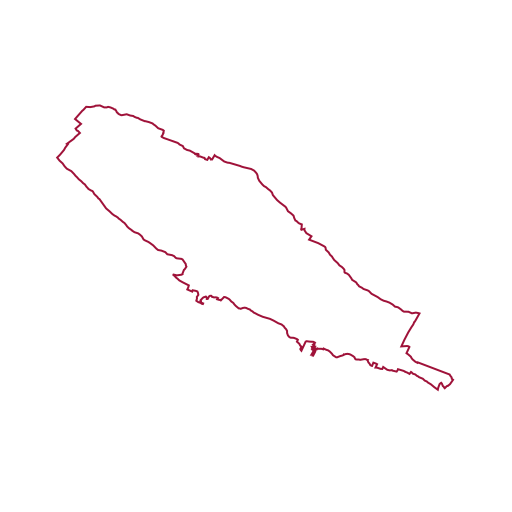 Rachitoasa, Bacau, Romania, rotated 139°
{"feature_id": "2599482B49399369103470", "entity_name": "Rachitoasa", "entity_type": "district", "adm_level": 2, "iso_a3": "ROU", "parent_name": "Romania", "parent_adm1": "Bacau", "projection": "equal_earth", "projection_center": [27.372, 46.464], "detail": "fine", "context": "isolated", "style": "outline", "palette": "rose", "viewbox_px": 512, "rotation_deg": 139, "n_neighbors": 0, "source": "geoboundaries", "source_scale": "gbopen_adm2", "svg_char_len": 6095}
<svg xmlns="http://www.w3.org/2000/svg" viewBox="0 0 512 512"><g transform="rotate(139 256 256)"><path d="M330.9,296.7L330.5,294.1L330.5,292.2L330.1,290.2L329.9,287.9L328.6,284.3L326.0,277.9L327.8,276.7L329.8,275.8L327.5,271.0L326.3,271.7L324.4,269.3L323.5,267.7L323.9,266.4L325.0,264.5L327.5,263.9L328.5,262.6L330.4,261.4L329.8,259.0L328.6,257.0L328.2,255.4L327.6,254.6L327.0,254.9L328.2,257.2L327.2,257.9L327.4,258.6L326.8,259.0L323.4,259.3L322.3,259.1L321.5,258.6L320.8,258.5L320.4,258.2L320.4,257.5L320.6,256.7L321.3,255.9L320.6,255.3L318.5,256.1L317.6,256.3L316.8,256.1L315.8,255.2L316.0,253.9L315.1,252.8L314.9,252.3L313.7,251.4L312.7,250.3L312.3,249.2L313.7,248.8L312.5,246.9L311.3,246.0L311.4,245.6L307.0,246.0L306.0,244.8L304.7,241.5L304.5,240.3L304.5,237.9L303.9,235.4L304.1,233.7L304.0,231.5L303.4,227.8L303.0,227.5L302.2,226.2L300.0,225.4L298.4,224.4L297.4,223.1L296.9,221.7L295.7,219.6L295.7,218.4L295.0,216.5L294.8,214.7L294.1,213.2L293.1,210.5L290.8,205.7L286.7,199.4L285.1,195.7L283.3,190.6L281.6,187.5L281.4,186.0L281.1,184.8L281.4,183.1L281.3,181.0L281.7,179.1L283.1,177.4L284.0,175.1L284.0,172.9L283.5,171.7L281.3,169.6L280.7,168.6L279.6,166.4L279.4,165.3L281.3,164.5L280.9,161.3L281.4,159.5L281.2,157.7L283.6,156.7L283.9,155.5L283.9,154.7L274.7,158.8L273.7,158.5L271.8,156.3L269.1,153.7L268.4,152.1L268.4,151.8L268.7,151.8L271.3,151.7L271.2,150.9L270.3,150.9L270.1,150.7L270.3,150.3L270.8,150.1L272.9,150.1L273.5,150.7L273.7,149.9L273.2,149.8L274.1,149.5L273.1,149.5L272.9,149.3L274.9,149.1L274.9,148.7L272.2,148.9L271.6,148.6L272.2,148.4L272.3,147.9L274.2,147.3L275.3,146.4L278.8,145.2L278.1,144.7L272.9,147.2L272.7,146.6L275.9,144.9L277.6,144.4L277.7,143.9L278.5,143.6L278.3,143.3L274.5,144.8L271.5,146.5L271.1,145.7L270.3,146.0L269.8,145.0L267.5,143.0L266.4,141.4L265.7,141.8L264.5,139.1L263.5,137.5L263.0,135.5L262.8,132.5L263.0,130.6L262.0,127.1L261.4,126.4L257.8,125.1L256.5,124.4L255.1,123.9L254.3,124.1L254.2,123.7L252.9,123.3L251.2,122.2L250.1,120.9L249.4,119.7L248.4,116.7L248.1,115.0L248.6,113.5L248.6,112.7L248.1,112.0L246.3,110.4L245.5,109.3L242.0,107.2L241.1,106.4L240.7,105.9L240.5,105.1L239.9,104.2L240.2,104.1L241.0,101.9L240.9,100.6L241.3,98.6L240.9,97.5L240.5,96.9L237.4,98.5L236.1,96.2L235.6,94.9L239.0,93.4L237.9,92.3L236.0,89.1L234.8,87.9L232.8,88.8L231.6,84.0L230.1,81.9L228.3,80.7L228.3,80.1L225.7,76.5L223.7,77.0L223.1,77.4L220.0,72.5L219.4,71.1L219.5,70.9L218.4,68.9L217.5,66.3L215.1,66.8L214.9,66.1L214.8,64.2L213.5,62.1L213.2,60.0L212.6,58.7L212.5,57.7L210.6,53.9L210.4,51.3L209.4,49.2L209.3,47.8L208.2,44.5L207.5,40.1L206.5,35.8L204.8,37.1L201.4,38.9L200.1,38.9L199.4,38.8L199.4,38.4L199.5,37.5L200.3,35.3L200.1,34.5L200.3,33.3L200.1,33.2L200.2,32.4L197.5,32.6L196.7,32.4L196.5,32.1L193.7,32.0L188.5,33.3L188.8,34.8L188.0,36.1L187.9,38.3L187.6,39.5L203.7,69.6L204.2,69.4L205.1,71.6L205.7,75.4L205.5,77.4L205.2,78.4L205.7,81.9L206.2,83.9L199.9,86.7L200.1,87.7L201.1,89.0L205.6,92.4L199.0,95.4L191.1,98.5L185.1,100.4L182.7,101.0L181.4,101.5L180.1,102.3L179.5,102.2L177.9,102.7L170.3,105.4L171.0,106.5L172.5,108.4L175.9,110.4L177.5,113.9L180.9,117.0L181.4,118.5L181.6,120.4L182.4,123.9L183.2,125.2L184.3,126.5L184.7,129.7L185.9,133.3L187.4,136.1L189.0,138.5L190.3,141.6L191.1,145.1L193.6,151.7L193.8,155.4L194.3,156.8L196.5,160.6L196.9,162.6L198.1,165.5L197.9,167.1L198.1,168.2L197.8,169.6L197.8,170.7L199.1,175.0L198.7,176.4L198.3,180.9L198.8,183.1L199.9,185.1L199.8,185.8L198.4,187.4L198.2,188.8L198.4,191.4L199.2,194.2L199.0,197.0L199.6,201.7L199.2,205.0L199.0,205.6L199.3,208.4L198.8,211.0L199.2,214.9L198.1,216.6L197.9,217.4L198.2,218.6L200.6,224.9L205.2,233.5L201.2,234.5L203.0,240.2L202.6,243.3L202.3,244.0L201.6,244.7L204.5,246.0L204.4,246.4L204.2,246.3L200.7,249.8L202.0,252.2L202.3,253.5L202.5,255.9L203.0,256.9L202.3,259.4L201.2,261.9L201.7,265.6L202.5,268.8L201.5,272.8L201.5,273.9L202.9,280.7L203.4,284.4L203.3,290.9L202.3,293.4L202.4,296.2L202.9,298.4L203.3,301.4L204.1,303.5L204.3,305.8L204.2,310.6L203.3,313.8L202.3,315.2L201.5,317.0L201.3,318.8L201.4,321.7L202.6,324.9L207.1,331.1L208.3,333.0L208.9,334.3L214.9,343.7L216.3,345.2L218.0,348.2L219.2,353.8L220.4,356.3L221.1,358.4L221.1,359.2L225.7,357.7L225.9,358.1L226.7,358.3L226.5,360.2L226.8,361.5L229.7,360.5L230.9,362.5L230.5,363.7L230.7,364.2L231.1,364.5L232.9,367.9L234.2,368.9L233.7,369.5L233.6,369.9L233.9,370.1L232.6,370.5L232.6,370.8L233.6,372.0L234.4,371.9L234.8,372.2L235.1,372.9L234.8,373.3L236.8,378.9L238.5,381.3L239.7,384.5L239.1,387.0L240.6,390.4L240.6,391.4L240.9,392.7L248.2,405.6L249.0,407.8L249.0,408.1L248.7,408.3L247.5,408.5L244.4,409.8L245.2,409.8L243.4,411.0L243.6,412.3L246.0,416.6L246.4,420.4L247.0,422.7L247.1,423.9L249.0,427.4L251.1,430.4L251.5,430.7L253.7,435.0L254.6,437.8L255.3,438.5L256.4,440.7L256.8,442.2L258.8,444.6L260.6,447.8L264.9,450.3L265.4,450.8L266.4,453.0L266.6,453.9L266.5,455.0L266.8,455.6L266.2,457.6L266.3,458.3L266.1,458.8L266.8,459.7L267.0,460.8L268.3,463.5L269.4,465.1L269.8,465.6L271.2,466.1L273.1,467.8L275.0,472.0L278.5,474.7L279.9,475.0L283.4,477.1L286.3,480.0L290.6,479.5L291.7,479.6L302.7,478.1L301.4,470.5L308.6,470.5L308.9,468.3L308.3,467.1L308.2,464.4L314.4,464.4L316.6,464.0L325.0,464.7L324.6,463.8L328.9,462.9L331.3,462.0L337.5,461.0L341.5,460.7L341.7,456.8L341.2,452.8L341.6,449.2L341.5,446.0L339.7,441.2L339.5,437.3L339.6,434.8L339.4,432.9L339.4,430.2L338.8,427.0L338.7,424.4L338.2,422.3L338.5,419.5L338.4,417.8L338.5,416.6L337.5,413.6L336.9,412.5L336.8,411.7L337.4,408.8L337.0,404.7L337.2,402.8L336.8,401.7L337.9,390.2L337.2,385.7L336.9,382.0L336.3,379.4L335.6,377.7L335.0,375.4L335.1,374.5L334.5,372.3L334.1,369.1L333.6,367.2L333.7,364.1L333.9,363.0L333.7,360.5L332.8,356.9L332.9,356.6L332.1,353.7L330.1,350.4L329.6,348.3L329.3,345.7L330.0,342.2L329.6,340.8L328.0,337.2L327.5,335.4L326.6,331.4L326.4,327.2L326.0,324.8L323.9,322.2L321.9,318.4L321.8,315.5L318.8,311.7L318.2,310.3L317.9,309.7L317.8,307.3L317.3,306.2L314.2,302.8L313.7,301.6L314.3,296.0L315.1,294.9L315.5,293.6L318.4,292.8L319.5,292.8L323.1,290.9L323.3,290.5L324.4,290.7L328.4,293.3L330.9,296.7Z" fill="none" stroke="#9f1239" stroke-width="2"/></g></svg>